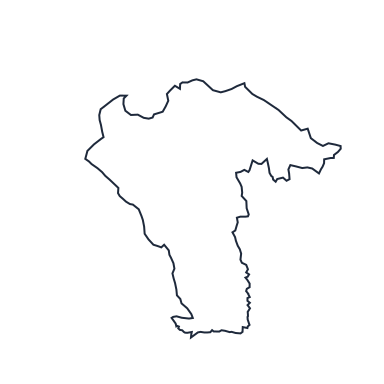 Kritou Tera, Paphos, Cyprus, rotated 124°
{"feature_id": "46923920B75196261408005", "entity_name": "Kritou Tera", "entity_type": "district", "adm_level": 2, "iso_a3": "CYP", "parent_name": "Cyprus", "parent_adm1": "Paphos", "projection": "orthographic", "projection_center": [32.434, 34.957], "detail": "fine", "context": "isolated", "style": "outline", "palette": "slate", "viewbox_px": 384, "rotation_deg": 124, "n_neighbors": 0, "source": "geoboundaries", "source_scale": "gbopen_adm2", "svg_char_len": 2770}
<svg xmlns="http://www.w3.org/2000/svg" viewBox="0 0 384 384"><g transform="rotate(124 192 192)"><path d="M269.1,71.3L268.3,72.3L266.6,74.5L264.5,76.1L263.8,76.1L262.6,76.9L260.2,78.8L258.8,78.8L256.0,78.9L254.7,82.7L251.5,82.1L251.2,85.2L248.9,86.7L246.8,85.4L245.1,88.5L244.9,88.5L243.9,91.7L241.6,92.4L238.7,91.0L235.7,93.0L233.9,97.1L233.1,99.8L231.1,98.5L228.4,98.6L228.4,102.1L224.8,102.4L222.1,106.3L222.8,111.1L221.0,114.0L215.6,116.8L212.7,120.4L211.0,124.0L207.9,128.3L205.3,131.1L202.8,135.9L199.7,134.6L194.7,136.2L191.6,137.1L188.2,140.4L185.5,138.2L182.4,133.7L180.9,132.0L178.9,132.4L174.9,137.6L169.1,141.9L167.5,148.6L164.5,150.0L160.0,153.7L158.0,156.8L154.9,163.3L151.4,166.2L148.2,163.0L144.4,161.0L143.9,156.5L141.8,156.5L131.9,159.4L131.5,152.8L129.9,150.1L122.7,148.4L125.4,145.5L129.4,141.4L132.8,138.4L134.4,135.2L134.4,133.6L136.3,131.7L136.7,128.4L133.6,128.6L129.2,124.6L129.8,119.9L126.8,118.3L122.4,121.8L119.4,124.7L114.7,125.5L112.6,120.0L110.5,114.0L107.1,110.1L105.3,105.5L105.6,97.1L101.0,97.8L98.0,97.9L94.3,98.6L91.0,100.7L86.4,96.2L84.5,93.5L81.9,95.0L77.2,93.4L73.0,92.9L70.8,94.5L72.6,99.7L75.3,106.1L80.6,109.2L81.4,115.7L80.9,123.6L74.8,131.5L80.0,135.9L77.5,149.2L77.3,155.6L75.6,166.1L75.6,175.0L75.6,183.9L76.7,191.5L77.0,196.8L75.1,206.8L72.5,209.4L79.2,214.0L84.5,216.8L89.8,220.8L93.3,223.9L95.9,231.6L93.9,244.6L96.1,251.3L99.2,254.1L103.7,256.9L106.5,261.2L109.1,262.2L113.2,259.7L113.5,265.6L120.1,266.9L124.8,267.6L129.6,262.7L135.6,261.7L141.8,261.2L143.5,262.5L148.9,266.9L152.3,266.3L155.4,268.9L157.5,273.5L158.2,280.2L162.3,285.7L161.9,292.7L157.5,298.0L152.6,300.9L148.8,300.2L152.4,305.7L159.4,309.1L169.3,312.3L174.4,314.0L180.1,311.9L184.0,308.8L187.3,305.0L192.2,300.2L196.0,296.0L199.1,297.2L207.3,299.9L216.5,301.7L217.5,301.3L224.2,299.0L224.3,294.4L225.0,290.9L225.1,283.7L225.8,277.6L227.1,273.0L227.8,267.3L229.8,255.3L234.3,252.7L235.8,249.6L236.3,245.3L236.9,241.3L236.7,236.7L235.5,234.0L236.1,226.5L240.2,220.4L242.7,217.1L247.5,212.3L253.1,207.9L255.6,201.6L257.3,194.5L256.2,190.9L255.5,188.3L255.1,186.5L251.3,185.6L253.4,178.6L256.7,175.6L258.3,172.6L261.4,167.6L265.4,163.7L270.4,162.7L273.9,158.9L277.0,155.1L281.6,150.4L286.1,146.7L287.2,141.9L290.2,138.4L291.1,130.9L293.6,124.3L296.0,120.9L298.6,123.7L302.0,130.2L303.7,135.3L306.1,137.8L307.8,138.5L310.2,132.0L312.0,130.0L311.4,129.9L310.9,127.6L312.7,127.2L313.1,125.0L312.1,122.7L312.6,120.6L312.5,119.1L311.4,117.2L308.2,113.9L310.4,113.0L313.2,111.5L305.1,108.6L303.2,106.7L301.5,103.1L300.0,100.9L298.0,98.4L295.3,98.1L295.5,96.1L292.5,91.4L290.1,90.2L288.6,87.0L287.1,82.4L285.8,81.0L284.5,77.0L282.1,72.7L279.7,71.9L275.6,74.4L273.8,70.0L272.3,70.6L270.0,70.0L269.1,71.3Z" fill="none" stroke="#1e293b" stroke-width="2"/></g></svg>